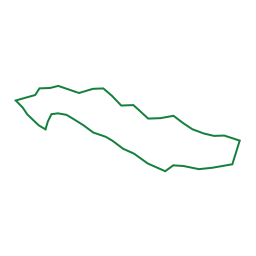 the district of Platanistasa, Nicosia, Cyprus, rotated 268°
{"feature_id": "46923920B38913041590387", "entity_name": "Platanistasa", "entity_type": "district", "adm_level": 2, "iso_a3": "CYP", "parent_name": "Cyprus", "parent_adm1": "Nicosia", "projection": "equal_earth", "projection_center": [33.065, 34.986], "detail": "fine", "context": "isolated", "style": "outline", "palette": "green", "viewbox_px": 256, "rotation_deg": 268, "n_neighbors": 0, "source": "geoboundaries", "source_scale": "gbopen_adm2", "svg_char_len": 678}
<svg xmlns="http://www.w3.org/2000/svg" viewBox="0 0 256 256"><g transform="rotate(268 128 128)"><path d="M170.7,40.9L164.2,36.4L161.2,24.0L159.4,16.8L152.2,23.4L145.0,27.9L139.7,33.1L133.7,39.0L129.5,45.5L137.3,48.1L144.5,52.0L145.1,58.5L143.3,67.0L139.1,73.5L132.5,83.3L124.7,93.1L120.0,105.4L115.8,112.0L107.4,122.4L102.1,133.2L91.9,146.4L83.5,163.7L89.1,171.9L88.1,182.1L84.4,197.4L85.3,210.6L88.1,231.0L111.5,239.2L117.1,223.9L117.1,213.7L119.9,203.5L124.5,192.3L131.1,183.1L138.6,173.9L136.7,160.7L136.7,148.5L150.7,134.2L150.7,122.0L161.0,112.8L168.4,104.7L168.4,94.5L164.7,80.2L172.5,59.8L170.7,51.4L170.7,40.9Z" fill="none" stroke="#15803d" stroke-width="2"/></g></svg>